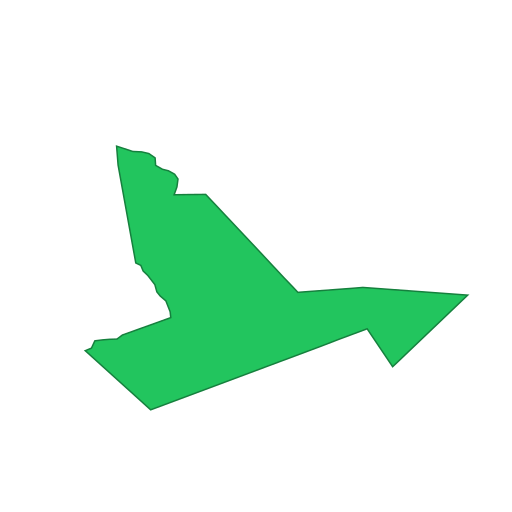 Itaú, Rio Grande do Norte, Brazil, rotated 73°
{"feature_id": "56859067B48438751115666", "entity_name": "Itaú", "entity_type": "district", "adm_level": 2, "iso_a3": "BRA", "parent_name": "Brazil", "parent_adm1": "Rio Grande do Norte", "projection": "mercator", "projection_center": [-37.937, -5.8], "detail": "fine", "context": "isolated", "style": "filled", "palette": "green", "viewbox_px": 512, "rotation_deg": 73, "n_neighbors": 0, "source": "geoboundaries", "source_scale": "gbopen_adm2", "svg_char_len": 732}
<svg xmlns="http://www.w3.org/2000/svg" viewBox="0 0 512 512"><g transform="rotate(73 256 256)"><path d="M355.3,65.0L317.3,163.0L315.3,172.2L304.9,218.1L303.0,226.6L296.0,230.0L285.0,235.6L249.8,252.8L182.4,286.1L177.6,302.3L173.5,316.4L166.8,311.4L159.6,308.1L154.0,309.9L148.9,314.8L145.7,320.1L140.0,325.5L132.7,323.8L126.7,328.5L123.0,334.9L120.0,343.3L110.2,357.2L128.7,361.3L227.5,373.0L231.3,368.9L237.4,368.3L242.9,365.2L253.8,361.1L261.3,361.3L266.3,359.3L272.6,355.3L284.2,354.4L290.0,355.5L292.5,406.9L294.8,413.3L292.8,420.6L291.4,427.0L290.0,434.9L296.0,440.3L296.6,447.0L372.3,401.7L361.3,220.5L359.9,201.0L358.1,171.0L401.8,157.7L398.8,151.6L355.3,65.0Z" fill="#22c55e" stroke="#15803d" stroke-width="1.5"/></g></svg>